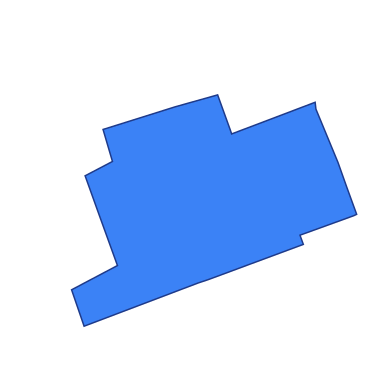 the district of Marion, Ohio, United States of America, rotated 160°
{"feature_id": "52423323B93885037654379", "entity_name": "Marion", "entity_type": "district", "adm_level": 2, "iso_a3": "USA", "parent_name": "United States of America", "parent_adm1": "Ohio", "projection": "natural_earth1", "projection_center": [-83.169, 40.569], "detail": "fine", "context": "isolated", "style": "filled", "palette": "blue", "viewbox_px": 384, "rotation_deg": 160, "n_neighbors": 0, "source": "geoboundaries", "source_scale": "gbopen_adm2", "svg_char_len": 429}
<svg xmlns="http://www.w3.org/2000/svg" viewBox="0 0 384 384"><g transform="rotate(160 192 192)"><path d="M339.3,102.8L217.5,104.4L206.7,104.1L105.3,104.7L105.3,114.5L48.0,114.4L44.9,114.7L44.9,143.2L44.7,169.8L47.2,227.5L45.6,234.2L134.9,233.0L134.8,237.0L134.7,274.5L178.5,277.8L254.2,281.2L256.3,247.9L286.9,243.8L287.1,199.5L287.2,148.4L338.6,141.3L339.3,102.8Z" fill="#3b82f6" stroke="#1e3a8a" stroke-width="1.5"/></g></svg>